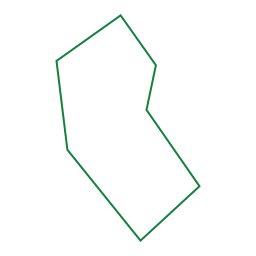 outline of Assuit City, Asyut, Egypt
{"feature_id": "37247803B89417957828076", "entity_name": "Assuit City", "entity_type": "district", "adm_level": 2, "iso_a3": "EGY", "parent_name": "Egypt", "parent_adm1": "Asyut", "projection": "equal_earth", "projection_center": [31.287, 27.255], "detail": "fine", "context": "isolated", "style": "outline", "palette": "green", "viewbox_px": 256, "rotation_deg": 0, "n_neighbors": 0, "source": "geoboundaries", "source_scale": "gbopen_adm2", "svg_char_len": 218}
<svg xmlns="http://www.w3.org/2000/svg" viewBox="0 0 256 256"><path d="M199.5,186.2L146.5,109.9L155.9,65.2L120.6,15.4L56.5,60.9L67.4,149.8L140.5,240.6L199.5,186.2Z" fill="none" stroke="#15803d" stroke-width="2"/></svg>